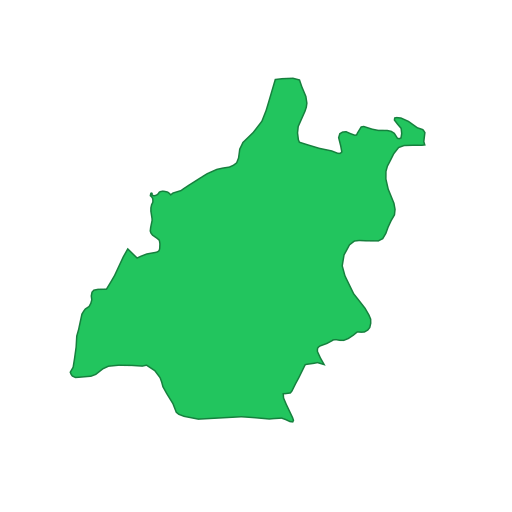 Phuoc Long, Bình Phước, Vietnam, rotated 295°
{"feature_id": "81297802B44117863394749", "entity_name": "Phuoc Long", "entity_type": "district", "adm_level": 2, "iso_a3": "VNM", "parent_name": "Vietnam", "parent_adm1": "Bình Phước", "projection": "robinson", "projection_center": [107.01, 11.824], "detail": "fine", "context": "isolated", "style": "filled", "palette": "green", "viewbox_px": 512, "rotation_deg": 295, "n_neighbors": 0, "source": "geoboundaries", "source_scale": "gbopen_adm2", "svg_char_len": 3330}
<svg xmlns="http://www.w3.org/2000/svg" viewBox="0 0 512 512"><g transform="rotate(295 256 256)"><path d="M424.1,198.9L401.1,202.4L392.1,203.7L380.8,204.4L379.2,204.1L369.8,202.0L366.8,201.3L360.4,198.9L353.4,196.2L350.4,196.2L346.0,196.1L342.6,197.2L337.4,198.8L332.2,199.1L328.7,197.2L325.3,194.3L323.2,191.1L321.5,188.6L318.0,184.0L317.0,183.1L310.1,177.1L307.7,175.5L302.3,172.0L292.0,165.4L286.6,162.1L283.6,160.4L277.9,154.1L275.4,152.9L275.8,151.9L276.3,150.3L276.5,149.2L276.5,148.5L275.9,145.8L275.3,144.0L274.9,143.5L274.2,142.5L273.2,141.5L272.6,141.3L271.5,141.2L270.1,140.7L269.0,140.0L267.7,138.5L267.4,137.8L267.3,136.7L267.4,136.1L268.0,135.7L268.6,135.5L268.9,135.0L268.8,134.6L268.5,134.3L268.0,134.3L267.6,134.4L266.0,134.8L265.7,135.9L265.2,137.0L264.3,138.2L263.3,138.8L261.4,139.7L260.5,139.8L258.5,139.7L255.3,140.4L252.2,141.8L246.1,145.9L244.4,146.8L237.3,148.5L234.0,149.6L232.4,151.1L231.2,153.4L231.1,153.8L230.3,158.6L229.5,161.5L228.8,162.2L226.4,163.8L222.3,165.5L220.4,165.9L219.3,165.7L218.2,165.0L217.3,164.1L216.4,162.9L212.9,157.9L211.6,156.1L207.1,151.8L203.9,149.1L208.2,136.8L199.2,136.1L188.0,136.1L178.5,136.1L171.9,135.5L162.7,134.5L159.0,126.9L156.5,123.5L153.9,122.7L150.2,123.6L146.9,125.7L143.3,126.3L139.7,126.1L135.8,123.7L133.3,123.2L129.8,122.8L123.2,124.3L114.5,126.3L107.7,127.4L97.4,131.5L86.0,135.0L77.9,137.3L72.2,136.8L70.6,138.5L69.6,140.3L69.6,143.7L71.2,146.6L77.3,157.2L81.0,160.8L89.1,164.9L91.7,167.1L93.8,168.9L99.0,177.7L104.5,190.0L108.2,199.5L110.8,202.9L109.3,212.8L105.2,220.5L101.9,223.8L98.2,226.9L93.7,233.1L87.1,243.1L80.7,249.8L79.9,252.9L80.3,258.6L83.8,272.7L104.1,310.6L105.9,315.2L109.1,323.6L113.9,336.9L116.0,340.5L119.9,347.7L120.3,351.9L120.3,356.8L121.2,359.4L122.9,359.4L125.0,357.4L134.4,346.0L138.9,341.0L142.7,338.9L143.7,340.8L146.4,345.0L148.8,345.6L157.0,345.8L163.7,346.2L172.9,346.4L178.1,346.5L179.0,347.3L183.0,353.5L185.4,356.8L186.4,363.6L190.9,357.3L195.4,352.0L197.4,351.1L198.7,350.8L200.1,351.2L201.6,352.1L206.7,357.2L212.2,361.3L212.6,361.3L213.4,362.8L214.1,364.1L215.0,367.5L216.6,371.1L220.2,374.5L225.3,377.6L228.6,379.2L230.0,379.9L231.6,383.9L233.0,386.4L236.2,388.6L239.3,389.3L243.5,388.4L247.2,386.6L250.2,383.3L254.7,376.9L259.8,366.9L263.0,360.5L274.1,346.8L275.8,344.8L283.5,338.3L294.2,335.3L298.6,335.6L305.6,336.0L309.1,337.8L311.2,338.9L313.7,343.0L316.3,349.3L321.4,360.5L323.9,362.4L325.2,363.5L331.3,364.1L338.0,363.5L345.1,363.5L351.8,364.1L357.0,362.3L362.1,358.7L372.5,347.5L380.6,341.2L387.6,338.0L392.9,337.1L399.7,337.4L406.9,337.6L412.1,338.8L414.6,339.4L418.7,343.5L422.9,351.8L426.4,359.4L428.0,362.0L430.6,359.7L439.2,356.9L440.8,354.4L441.0,353.4L440.4,348.0L442.4,337.3L442.3,329.1L440.9,325.0L439.7,323.4L437.7,324.0L435.5,328.2L433.0,333.6L428.6,336.3L424.3,337.5L422.9,336.3L422.4,334.5L425.6,329.5L426.1,325.9L425.2,321.8L421.5,313.8L420.0,307.6L418.9,298.9L417.4,296.8L410.3,296.0L408.2,296.0L407.2,294.5L406.8,289.7L406.7,285.1L404.9,282.1L402.3,280.3L398.2,280.9L391.4,286.4L386.6,289.8L384.6,289.0L383.6,286.7L383.2,280.2L380.3,267.8L378.6,256.1L377.5,247.8L377.4,247.3L379.2,245.3L385.1,241.6L388.3,240.5L391.2,239.5L407.9,239.2L412.1,238.7L416.0,237.5L421.6,233.8L428.9,225.8L433.9,221.0L432.7,214.4L427.8,204.9L424.1,198.9Z" fill="#22c55e" stroke="#15803d" stroke-width="1.5"/></g></svg>